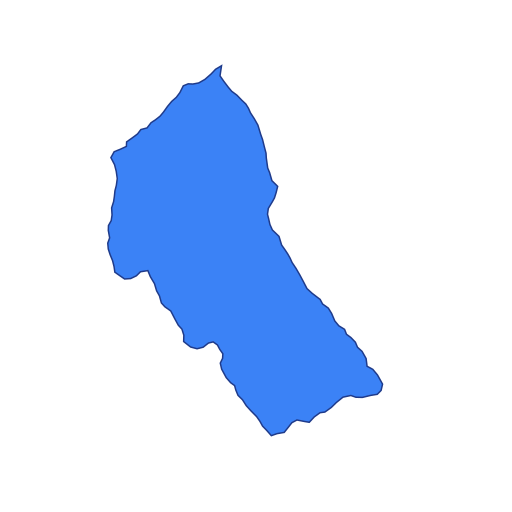 outline of Guaimbê, São Paulo, Brazil, rotated 119°
{"feature_id": "56859067B16613468230330", "entity_name": "Guaimbê", "entity_type": "district", "adm_level": 2, "iso_a3": "BRA", "parent_name": "Brazil", "parent_adm1": "São Paulo", "projection": "albers", "projection_center": [-49.859, -21.865], "detail": "fine", "context": "isolated", "style": "filled", "palette": "blue", "viewbox_px": 512, "rotation_deg": 119, "n_neighbors": 0, "source": "geoboundaries", "source_scale": "gbopen_adm2", "svg_char_len": 2108}
<svg xmlns="http://www.w3.org/2000/svg" viewBox="0 0 512 512"><g transform="rotate(119 256 256)"><path d="M405.7,155.5L401.2,151.5L396.6,145.8L389.4,144.6L384.4,143.8L379.6,140.7L377.2,133.3L375.6,128.8L368.4,127.0L362.0,124.0L359.1,120.1L351.9,116.7L345.2,114.7L337.3,111.5L332.0,105.4L331.1,100.2L328.1,94.4L322.3,88.1L318.2,82.9L312.9,81.4L306.7,83.2L301.2,92.0L298.5,98.9L298.6,105.4L292.3,110.0L288.0,117.0L286.6,123.0L283.2,127.3L281.3,133.5L280.6,138.9L277.2,143.0L276.9,149.7L274.6,155.6L269.6,162.0L266.5,167.5L265.7,174.5L262.9,178.8L261.4,188.9L259.8,195.6L255.2,202.5L251.4,208.4L247.5,214.9L244.2,221.3L241.3,225.2L238.9,229.1L236.6,233.5L234.0,238.9L227.7,245.4L225.3,254.3L221.7,259.1L217.2,263.1L213.9,266.2L208.4,268.3L200.7,268.0L196.3,268.0L190.9,269.1L184.6,270.8L182.4,278.6L176.5,284.5L173.4,288.4L165.3,294.5L161.2,297.1L156.5,301.6L151.0,306.7L147.4,310.8L140.6,317.8L136.8,324.0L133.5,330.2L130.4,334.3L128.0,338.6L126.6,344.1L124.6,350.6L123.7,357.2L121.8,362.1L118.8,368.9L115.9,374.8L106.3,378.4L112.3,381.9L118.5,383.5L126.3,386.3L132.4,390.0L136.2,394.6L138.3,398.8L142.4,402.1L150.0,401.8L155.8,402.6L161.7,404.7L168.0,405.9L175.0,406.7L180.2,407.7L185.7,410.0L190.2,412.4L196.8,413.4L201.2,418.0L206.7,418.8L212.5,421.4L218.9,424.5L223.0,422.5L228.5,426.5L233.5,430.6L240.3,430.6L244.7,424.0L249.7,419.3L255.5,414.9L261.9,412.4L267.3,411.0L272.7,408.7L277.5,406.9L283.9,405.6L289.9,401.8L295.2,399.8L300.9,399.8L305.2,397.6L311.1,392.8L316.6,391.9L321.5,388.6L325.6,384.2L329.6,379.2L334.1,375.0L338.6,371.6L339.2,365.9L339.8,359.8L336.5,354.7L331.3,351.0L325.8,349.4L321.2,343.5L325.3,338.4L329.4,331.4L334.6,326.1L337.7,321.1L342.9,316.0L344.6,311.1L345.4,303.9L350.4,296.4L354.2,290.4L355.9,285.3L360.3,280.7L365.9,277.8L367.3,269.1L365.7,262.6L361.4,258.0L355.2,255.4L351.9,251.8L352.5,246.6L355.2,242.5L357.6,237.6L361.7,235.6L367.0,235.3L371.6,231.2L376.8,223.1L379.1,216.8L379.7,211.9L382.9,208.8L386.6,204.2L388.3,198.1L391.6,192.0L393.8,185.6L396.2,177.5L398.7,172.4L401.6,167.8L403.3,162.2L405.7,155.5Z" fill="#3b82f6" stroke="#1e3a8a" stroke-width="1.5"/></g></svg>